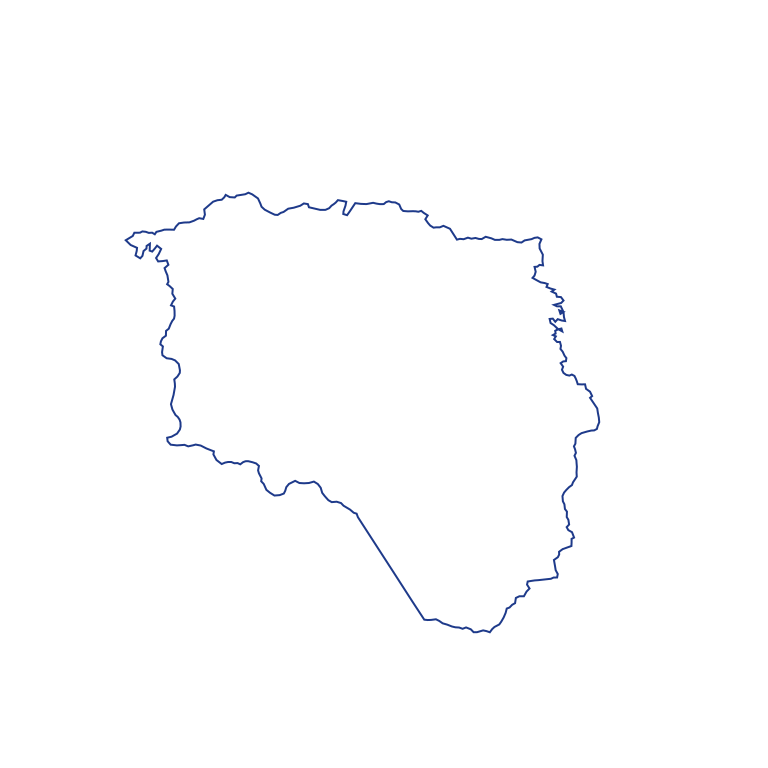 Reserva, Paraná, Brazil (Albers equal-area conic projection), rotated 326°
{"feature_id": "56859067B47646649937177", "entity_name": "Reserva", "entity_type": "district", "adm_level": 2, "iso_a3": "BRA", "parent_name": "Brazil", "parent_adm1": "Paraná", "projection": "albers", "projection_center": [-50.945, -24.594], "detail": "fine", "context": "isolated", "style": "outline", "palette": "blue", "viewbox_px": 768, "rotation_deg": 326, "n_neighbors": 0, "source": "geoboundaries", "source_scale": "gbopen_adm2", "svg_char_len": 5196}
<svg xmlns="http://www.w3.org/2000/svg" viewBox="0 0 768 768"><g transform="rotate(326 384 384)"><path d="M345.1,647.8L348.3,646.6L352.6,644.5L356.8,641.8L360.2,638.8L363.1,639.5L366.8,638.7L370.1,639.0L373.7,635.1L377.6,635.7L381.3,638.2L386.1,635.8L390.3,634.9L390.4,630.3L392.7,628.1L396.4,629.8L399.1,631.1L402.4,633.0L410.4,637.2L413.4,638.8L416.4,639.3L419.3,641.2L421.8,638.7L422.2,634.4L424.0,630.5L426.5,624.9L431.3,624.8L433.9,623.3L435.3,621.0L439.8,620.8L448.8,623.1L451.1,620.0L452.9,617.3L455.7,617.6L457.0,612.0L455.1,608.2L455.4,604.8L458.9,604.0L460.9,599.7L461.1,596.5L464.3,592.1L464.1,588.8L466.3,584.6L466.7,581.3L469.3,576.7L472.6,574.7L475.8,573.8L479.8,573.0L483.3,572.9L485.7,571.2L492.0,568.6L494.2,564.9L497.6,560.5L499.1,557.8L500.9,554.7L501.8,550.0L504.6,548.4L505.9,544.9L506.6,541.9L509.3,540.5L512.8,535.9L516.8,535.1L520.3,535.2L525.9,537.0L529.8,538.5L532.3,540.0L535.4,540.3L537.4,538.5L541.1,536.0L543.3,532.0L545.2,527.5L547.1,523.5L547.1,519.6L547.1,514.7L547.1,510.7L549.8,510.4L550.5,505.6L548.8,501.0L550.5,496.7L547.4,494.7L544.5,492.5L545.4,489.5L546.0,486.8L546.4,483.8L545.0,481.2L542.4,480.7L540.2,478.4L539.0,475.2L539.5,471.7L542.2,469.8L542.1,465.5L545.2,465.5L547.6,466.8L549.7,464.5L549.5,461.5L550.2,457.1L549.9,453.6L552.1,451.3L553.4,447.5L551.0,446.0L550.2,441.9L553.1,440.6L551.4,437.9L554.5,438.1L555.7,435.6L559.1,436.1L557.7,430.1L556.2,426.6L557.7,422.7L560.5,424.2L560.8,428.2L564.3,427.4L566.8,430.7L569.3,433.0L570.6,429.2L573.1,424.6L574.0,418.5L570.8,416.3L569.2,413.5L576.2,415.9L579.5,415.2L579.3,410.9L576.1,408.3L577.2,405.3L574.7,401.1L578.0,401.0L575.3,397.8L573.0,394.4L575.6,392.7L573.7,390.2L570.7,387.3L568.4,382.9L566.5,379.1L569.4,378.3L572.5,375.8L574.3,371.1L576.8,372.5L579.5,372.2L582.2,374.6L584.1,370.7L588.0,365.6L588.8,358.7L591.2,354.8L595.4,352.1L593.4,348.4L590.5,347.0L587.3,346.4L580.9,343.6L577.1,343.6L573.9,341.0L570.4,335.5L566.4,333.1L563.2,330.1L560.2,329.0L556.5,326.5L554.5,323.3L550.6,318.8L546.1,318.5L543.8,316.8L541.5,314.1L537.7,312.4L535.4,309.6L531.0,308.5L528.1,306.1L525.2,305.1L525.5,292.2L521.7,286.1L517.8,285.3L514.9,283.3L512.5,282.1L510.9,278.5L510.5,275.2L510.4,270.5L514.5,268.7L512.6,264.3L511.7,261.3L508.8,260.4L506.9,258.6L504.6,256.9L500.3,254.2L496.7,251.3L496.1,248.5L497.0,243.7L494.9,239.8L492.1,237.7L490.2,235.2L487.5,234.4L484.4,234.7L481.3,232.7L478.7,230.3L476.3,227.7L470.0,225.0L465.5,221.7L461.3,218.0L452.8,221.5L447.8,223.4L445.3,220.3L447.0,218.2L451.8,214.6L454.6,211.8L452.1,209.2L448.6,205.8L445.4,206.6L442.9,206.8L440.2,206.8L436.9,207.6L432.9,206.9L428.5,204.0L420.6,195.5L421.5,192.3L418.5,189.5L414.3,189.4L411.4,188.5L407.8,187.4L402.6,185.1L396.9,185.2L394.1,184.4L390.4,184.4L388.1,182.6L385.5,178.2L382.6,172.8L381.6,168.6L382.4,165.2L383.3,159.7L380.8,153.1L378.6,149.6L375.1,149.1L370.8,147.1L367.2,145.4L364.6,145.9L360.6,142.8L358.5,138.7L356.0,139.9L352.5,140.5L348.7,138.5L344.3,137.3L332.6,138.7L330.2,143.5L326.5,146.1L323.5,143.2L320.8,142.7L317.9,142.4L313.1,141.2L308.5,138.3L303.9,136.1L299.6,137.1L296.2,138.7L292.3,135.9L288.2,133.2L285.3,132.4L280.4,130.6L277.7,131.7L276.4,128.9L273.5,127.2L271.6,124.6L269.0,122.4L266.3,122.1L261.6,119.0L258.5,120.8L250.3,120.4L251.7,127.1L255.4,133.0L253.4,135.4L249.9,138.5L252.2,143.5L255.4,142.7L259.0,139.3L262.8,138.9L264.4,136.8L268.4,136.8L264.3,142.4L265.9,144.6L269.9,143.5L273.2,142.4L274.8,147.4L269.9,150.3L265.5,152.1L265.3,156.1L269.4,158.4L273.0,160.1L271.9,164.6L266.9,165.2L266.0,168.6L265.2,172.8L262.4,178.8L260.0,180.0L261.0,182.8L262.0,187.1L259.0,190.8L258.7,196.5L255.1,197.6L251.4,199.7L253.3,202.4L251.2,206.3L248.6,210.3L246.5,212.4L243.7,213.3L240.6,215.0L236.5,217.8L233.0,218.1L230.2,222.0L225.9,222.2L222.9,223.9L220.8,226.0L221.7,229.2L217.8,233.5L216.4,236.3L218.2,241.1L221.9,244.4L224.0,247.6L225.0,252.7L222.5,258.5L220.9,260.6L216.9,262.3L212.7,262.9L210.9,266.6L209.2,269.4L203.4,275.4L196.1,281.6L194.3,286.9L193.8,293.1L194.6,296.0L194.6,299.2L193.8,302.0L191.6,305.5L189.3,307.6L184.7,309.4L178.4,308.9L174.2,307.3L172.6,310.5L173.2,315.0L178.0,319.1L181.4,321.1L184.6,322.9L186.8,326.2L191.3,328.0L194.0,328.9L197.6,332.5L199.1,335.2L200.7,338.1L203.6,342.3L205.3,344.7L203.2,347.0L202.6,353.3L204.7,359.6L208.3,360.3L211.2,361.5L213.8,363.3L215.6,366.0L218.4,367.7L219.9,370.2L223.5,370.0L226.0,370.6L228.2,372.0L231.3,375.4L233.6,378.4L234.5,382.0L231.3,385.2L230.4,388.0L229.7,393.8L227.8,396.0L228.4,399.6L227.3,406.0L228.7,410.5L230.8,415.2L235.4,417.8L239.7,418.8L242.4,417.3L245.3,414.9L249.3,413.7L256.2,414.6L258.5,418.8L262.2,421.6L266.4,424.1L271.3,425.7L273.2,429.9L273.5,434.6L271.9,439.7L272.2,444.1L272.9,449.2L274.6,452.7L278.9,455.1L281.8,458.7L282.4,462.3L285.6,469.1L286.9,473.8L288.8,476.2L287.9,479.8L286.6,547.2L285.9,580.0L285.6,601.9L288.2,604.1L291.1,605.9L295.5,608.1L297.3,611.3L298.8,615.2L301.9,618.9L304.7,623.0L307.1,625.6L310.1,627.9L312.3,630.9L315.9,631.7L318.8,635.9L319.5,639.9L322.4,641.8L328.4,643.7L330.8,646.2L332.9,649.0L336.6,647.7L339.7,647.2L345.1,647.8ZM573.1,424.6L569.5,424.5L570.5,421.0L573.1,424.6ZM559.1,436.1L561.2,440.1L562.1,437.2L559.1,436.1Z" fill="none" stroke="#1e3a8a" stroke-width="2"/></g></svg>